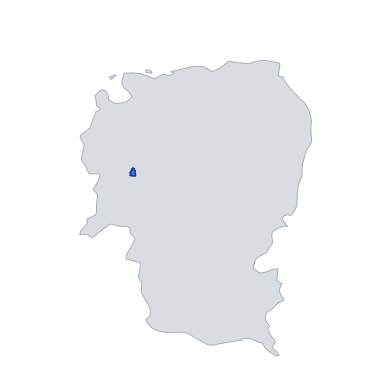 location of Dangkao, Phnom Penh, Cambodia, rotated 103°
{"feature_id": "14789045B25120607736063", "entity_name": "Dangkao", "entity_type": "district", "adm_level": 2, "iso_a3": "KHM", "parent_name": "Cambodia", "parent_adm1": "Phnom Penh", "projection": "albers", "projection_center": [104.846, 11.473], "detail": "fine", "context": "in_parent", "style": "filled", "palette": "blue", "viewbox_px": 384, "rotation_deg": 103, "n_neighbors": 0, "source": "geoboundaries", "source_scale": "gbopen_adm2", "svg_char_len": 4072}
<svg xmlns="http://www.w3.org/2000/svg" viewBox="0 0 384 384"><g transform="rotate(103 192 192)"><path d="M331.9,70.4L332.8,73.5L330.6,79.4L328.2,84.7L323.6,89.4L323.4,92.9L321.9,103.1L322.6,106.4L323.7,109.2L325.2,110.6L329.3,120.6L333.0,129.7L336.6,137.2L337.3,141.9L334.1,153.9L330.4,165.0L330.8,170.5L332.5,175.9L334.3,183.3L335.1,192.6L334.2,198.8L332.4,202.6L329.1,206.5L326.3,208.5L322.7,205.2L319.9,205.1L316.2,206.1L313.3,207.7L307.4,213.4L300.8,219.0L291.6,220.5L288.1,224.7L284.2,225.3L277.0,225.5L272.3,226.5L272.5,228.6L272.1,238.4L272.3,240.7L271.5,241.3L268.2,241.6L262.7,240.1L255.1,237.7L249.7,237.4L247.0,241.7L245.4,243.3L243.3,243.6L241.2,244.4L240.5,246.3L240.3,248.7L241.4,252.7L241.8,259.2L241.5,263.6L243.5,266.4L255.1,275.8L258.5,278.1L258.9,279.5L256.9,284.6L258.7,291.8L255.1,291.7L249.1,288.6L246.2,286.7L242.7,288.3L241.5,288.0L239.1,284.4L236.0,280.8L232.8,280.6L226.1,282.1L219.2,283.1L216.6,283.1L215.6,283.7L211.6,289.1L209.9,288.2L203.0,286.1L196.6,285.4L195.3,286.7L196.1,291.1L197.5,295.4L196.7,297.2L193.2,299.5L188.6,303.5L185.8,306.7L183.9,307.4L176.9,307.3L169.9,307.7L167.1,310.7L164.5,313.0L162.2,313.6L153.1,306.2L135.1,303.6L133.1,300.4L131.4,299.8L129.7,304.0L119.8,308.0L115.6,305.5L112.6,302.5L113.0,298.9L115.9,296.0L120.9,293.9L123.2,286.4L119.5,276.9L116.2,274.1L112.7,271.9L109.1,275.4L106.0,281.5L102.7,284.6L98.2,285.2L91.6,285.0L89.1,275.9L88.3,268.1L89.2,259.3L90.3,254.0L83.9,246.8L83.6,239.9L80.6,236.3L79.7,238.1L79.7,240.1L78.9,238.6L69.0,218.3L67.4,209.0L69.2,201.8L70.2,199.3L67.3,195.5L63.3,191.2L56.2,185.5L55.7,176.5L54.2,165.9L52.1,162.4L48.9,155.9L47.2,150.5L46.7,136.2L47.6,135.1L52.7,134.7L59.2,133.8L60.2,131.5L59.1,129.6L63.3,126.4L69.3,119.4L74.0,112.0L77.3,107.4L79.3,102.8L86.0,96.3L95.3,91.8L101.5,90.8L108.1,89.3L114.3,87.1L117.3,86.9L125.0,89.6L129.2,90.3L133.6,90.3L138.2,90.6L142.2,90.3L151.7,88.5L161.8,90.0L170.8,88.8L181.9,86.7L187.4,88.1L192.3,90.2L193.0,94.5L194.2,96.5L195.9,98.0L198.1,98.0L200.9,95.0L203.3,91.9L204.1,91.3L204.2,92.8L205.4,96.2L207.5,99.5L209.6,101.7L213.2,104.7L215.6,104.8L223.2,102.0L234.6,106.0L235.9,108.0L239.7,112.1L243.7,115.0L252.6,115.2L255.7,107.9L254.2,103.5L249.1,95.9L247.7,91.4L249.3,90.6L257.9,89.7L259.3,88.8L261.1,83.8L263.5,84.4L268.3,85.0L273.3,81.5L276.2,78.0L277.9,79.6L279.7,82.1L281.6,83.5L285.3,85.6L289.3,88.6L291.8,91.6L293.8,92.7L298.9,91.9L300.3,92.0L303.2,88.4L305.3,86.4L307.0,86.9L309.6,86.9L314.9,82.2L317.9,78.0L319.6,76.9L324.4,78.9L326.3,78.5L329.0,72.7L331.9,70.4ZM85.8,263.9L84.8,264.5L83.8,264.4L82.9,263.6L83.0,260.4L83.7,258.4L85.3,258.0L85.8,263.9ZM100.7,296.0L98.7,298.2L95.4,293.7L95.5,292.4L100.7,296.0Z" fill="#d9dde1" stroke="#a8b0b8" stroke-width="1"/><path d="M189.8,256.1L189.8,255.3L189.8,255.1L189.8,254.8L189.7,254.5L189.7,254.3L189.6,254.2L189.7,253.5L189.7,253.4L189.7,253.2L189.3,253.1L189.3,252.0L189.3,251.9L189.3,251.6L189.3,251.4L189.3,251.0L189.2,251.0L188.8,250.9L188.6,250.9L188.4,250.8L188.2,250.9L187.9,250.8L187.7,250.9L187.2,250.9L187.3,250.9L187.3,251.0L187.3,251.3L187.2,251.3L187.0,251.5L186.8,251.5L186.6,251.5L186.4,251.7L186.2,251.8L185.7,251.7L185.2,251.8L185.1,252.0L184.9,252.1L184.7,252.1L184.4,252.1L184.2,252.1L184.0,252.3L184.1,252.5L183.9,252.8L183.9,253.1L183.7,253.2L183.4,253.2L183.2,253.2L183.0,253.3L182.7,253.4L182.3,253.4L182.0,254.6L182.2,254.8L182.0,255.0L182.3,255.1L182.5,255.2L182.6,255.3L182.8,255.3L182.8,255.2L183.0,255.2L183.0,255.3L182.9,255.3L182.9,255.5L183.0,255.5L183.1,255.8L183.3,256.0L183.5,256.0L183.8,256.0L184.0,255.9L184.1,255.7L183.9,255.6L184.0,255.5L184.0,255.4L184.3,255.3L184.4,255.5L184.5,255.5L184.6,255.8L184.7,256.0L184.8,256.0L185.5,256.0L185.9,256.0L186.0,256.1L186.1,256.3L186.3,256.4L186.5,256.4L186.8,256.3L187.0,256.4L187.1,256.5L187.1,256.4L187.3,256.1L187.4,255.9L187.5,255.7L187.7,255.8L187.8,255.9L187.8,256.0L188.1,256.0L188.2,255.9L188.3,255.8L188.4,255.7L188.4,255.8L188.5,255.8L188.8,255.7L189.0,255.8L189.3,255.9L189.2,256.0L189.3,256.0L189.5,256.1L189.8,256.1L189.8,256.1Z" fill="#3b82f6" stroke="#1e3a8a" stroke-width="1.5"/></g></svg>